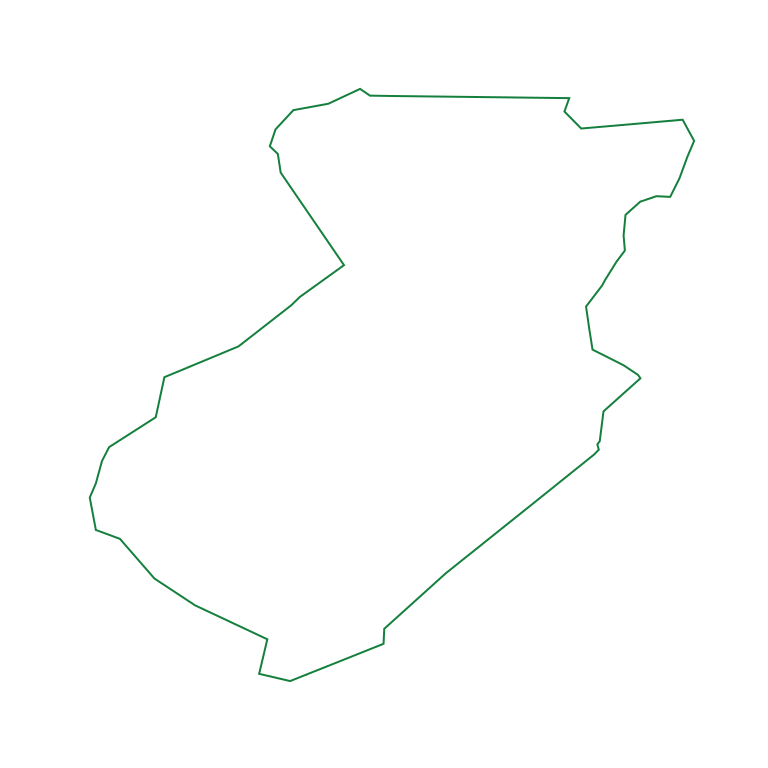 the district of Middlesex, New Jersey, United States of America, rotated 7°
{"feature_id": "52423323B55507665446718", "entity_name": "Middlesex", "entity_type": "district", "adm_level": 2, "iso_a3": "USA", "parent_name": "United States of America", "parent_adm1": "New Jersey", "projection": "albers", "projection_center": [-74.38, 40.43], "detail": "fine", "context": "isolated", "style": "outline", "palette": "green", "viewbox_px": 768, "rotation_deg": 7, "n_neighbors": 0, "source": "geoboundaries", "source_scale": "gbopen_adm2", "svg_char_len": 912}
<svg xmlns="http://www.w3.org/2000/svg" viewBox="0 0 768 768"><g transform="rotate(7 384 384)"><path d="M295.4,686.9L327.0,690.3L415.2,641.9L414.1,626.9L468.6,564.1L501.5,530.5L549.1,481.8L601.1,428.4L605.2,423.0L603.1,417.9L605.1,414.5L605.2,384.4L637.8,347.1L635.0,344.0L619.7,336.3L591.9,326.3L586.8,324.5L580.8,303.5L575.1,282.5L588.4,259.8L591.0,253.3L600.0,234.0L606.8,222.2L603.7,207.3L603.1,186.7L616.1,171.8L631.5,164.4L645.2,163.4L645.3,163.3L652.2,143.8L657.3,122.0L662.2,104.9L648.2,85.3L548.6,106.4L529.9,91.6L533.0,77.7L486.8,82.8L460.4,85.7L358.4,97.0L334.9,99.5L324.3,94.0L294.6,112.6L260.7,123.2L245.3,144.5L241.7,162.0L250.6,168.6L255.7,186.8L329.8,270.9L289.9,307.8L282.3,317.2L235.0,364.4L165.2,404.0L161.5,444.8L118.9,480.1L113.5,494.7L110.1,517.8L105.8,532.6L115.8,564.0L140.8,569.9L179.9,605.1L223.6,626.8L299.3,651.6L295.4,686.9Z" fill="none" stroke="#15803d" stroke-width="2"/></g></svg>